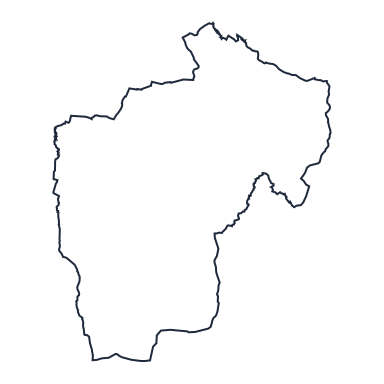 outline of Sinca, Brasov, Romania
{"feature_id": "2599482B93620310031935", "entity_name": "Sinca", "entity_type": "district", "adm_level": 2, "iso_a3": "ROU", "parent_name": "Romania", "parent_adm1": "Brasov", "projection": "mercator", "projection_center": [25.18, 45.726], "detail": "fine", "context": "isolated", "style": "outline", "palette": "slate", "viewbox_px": 384, "rotation_deg": 0, "n_neighbors": 0, "source": "geoboundaries", "source_scale": "gbopen_adm2", "svg_char_len": 5814}
<svg xmlns="http://www.w3.org/2000/svg" viewBox="0 0 384 384"><path d="M208.3,328.6L210.7,326.8L211.3,324.5L211.7,323.7L212.0,321.6L213.2,318.4L216.2,315.3L217.5,311.2L218.8,302.9L217.7,301.7L218.0,296.1L217.0,294.4L218.2,290.6L218.6,285.2L219.7,282.7L216.6,273.6L216.2,272.0L215.9,267.0L214.4,262.0L214.6,260.1L216.9,256.0L218.4,248.7L214.8,237.7L214.6,233.5L217.3,233.3L219.4,232.6L221.9,233.0L222.7,231.7L225.5,229.1L227.6,225.5L228.5,225.4L232.1,226.1L232.4,224.7L233.9,224.5L234.5,223.5L234.7,223.2L234.2,222.3L234.6,220.5L235.7,220.5L236.6,219.9L238.2,219.6L239.0,218.9L239.0,218.1L238.5,217.4L238.0,215.6L238.7,213.5L241.1,213.2L243.1,211.4L244.4,211.6L244.8,210.0L246.3,209.2L247.5,206.6L248.4,205.6L248.7,204.7L248.5,204.2L247.1,203.7L247.2,200.9L248.3,198.7L249.1,198.7L248.8,196.9L249.1,195.6L250.2,196.0L250.8,195.7L250.6,194.7L251.2,193.0L252.1,192.1L252.4,190.9L253.6,189.9L253.4,188.9L254.7,187.6L254.6,186.9L253.9,186.5L253.5,184.9L253.9,184.6L253.7,183.5L255.1,182.9L255.2,181.9L256.0,180.7L255.5,179.2L256.8,178.9L257.3,178.0L258.6,178.3L259.2,176.2L262.1,175.2L262.7,174.6L262.6,173.9L263.3,173.7L263.0,173.1L266.1,173.6L267.6,174.8L268.2,175.6L268.9,178.6L270.7,181.9L271.1,183.1L273.6,184.1L273.6,185.6L271.2,187.0L271.7,187.2L272.8,189.4L272.9,190.1L272.3,191.4L275.5,192.4L277.1,194.2L280.1,192.2L281.1,193.2L283.1,193.7L283.4,194.4L284.8,193.8L285.5,196.0L286.4,196.5L286.5,197.3L286.0,197.5L286.2,198.7L289.9,203.4L289.3,201.7L290.1,201.5L291.9,205.3L294.1,207.2L296.5,205.7L300.9,205.1L303.2,202.5L306.2,196.1L309.2,186.3L306.1,184.6L303.6,180.8L301.0,178.7L305.0,172.9L307.1,167.6L310.0,165.4L318.3,163.3L319.8,161.8L321.2,156.0L321.8,154.8L323.7,152.3L325.2,151.2L325.7,149.2L328.3,146.2L328.4,143.8L327.6,141.6L327.6,140.4L329.5,137.9L329.9,134.0L330.6,133.2L330.2,129.8L329.0,126.3L328.4,123.1L327.9,122.2L328.2,121.4L328.0,118.9L325.9,115.1L325.8,113.1L327.4,111.9L329.4,109.5L329.9,108.2L329.9,106.8L329.5,105.3L327.1,102.5L327.5,98.2L329.1,94.6L328.6,91.6L329.5,86.3L328.7,85.0L327.1,83.0L326.8,81.0L323.1,81.4L320.6,80.1L318.6,80.1L314.9,79.3L314.7,78.0L307.2,80.9L305.4,80.7L300.1,78.2L295.9,75.1L292.1,75.0L288.9,73.6L287.7,73.5L283.8,72.1L279.1,69.2L276.0,65.7L273.2,64.1L268.4,63.4L265.8,62.5L265.2,63.3L264.0,63.2L262.4,61.9L259.2,60.3L257.8,58.9L258.3,55.0L258.1,53.0L257.8,51.9L257.0,51.4L255.2,51.3L253.8,50.6L252.6,50.7L249.8,48.3L247.7,47.3L246.4,45.8L246.2,44.1L245.9,43.9L246.0,42.9L245.4,42.4L245.2,41.8L244.7,42.0L244.3,41.7L244.8,40.8L243.9,41.2L242.6,40.2L243.5,40.0L243.4,39.6L242.5,39.3L242.3,38.6L241.5,38.7L241.6,38.2L241.2,38.1L240.9,37.4L237.1,34.9L237.1,35.8L238.0,38.3L238.1,40.3L235.9,41.4L234.2,39.4L228.4,35.7L226.3,39.7L225.0,38.6L223.2,37.9L222.3,38.2L221.6,38.9L221.0,37.6L220.5,37.3L221.4,36.9L221.4,36.0L220.6,35.7L220.1,34.6L219.0,34.4L218.8,33.8L219.1,33.3L218.8,33.0L217.8,33.1L217.7,32.3L218.0,31.8L217.4,31.6L216.7,32.1L216.2,31.3L216.5,30.5L216.9,30.3L216.4,29.9L215.4,30.3L215.0,29.8L214.9,28.7L213.7,27.9L213.3,26.6L213.6,26.1L213.2,24.9L213.7,23.8L213.1,23.0L212.7,23.7L211.6,23.9L209.1,23.3L204.7,25.7L200.0,29.1L197.6,32.3L197.8,33.1L196.9,35.0L194.4,35.3L192.1,33.9L189.8,33.3L188.3,34.6L182.7,37.5L185.3,42.6L185.5,44.2L187.2,48.1L188.6,49.7L190.9,51.7L193.7,57.5L193.9,59.3L198.6,65.8L198.7,66.7L198.4,67.5L197.2,68.6L195.6,68.9L193.9,69.8L193.0,72.0L194.4,76.5L193.5,78.1L193.3,80.0L183.4,79.5L172.2,82.5L170.9,82.7L170.7,82.1L164.9,82.7L162.6,84.0L160.5,83.9L152.0,81.8L151.6,83.3L151.0,84.5L151.1,85.7L141.9,89.0L141.6,89.7L137.3,89.0L137.1,89.6L129.4,88.4L125.9,96.6L124.8,96.6L122.5,100.3L121.8,103.5L122.3,104.0L122.0,106.4L120.9,108.8L118.5,112.5L116.4,114.9L113.7,119.3L109.9,118.2L107.6,117.1L107.1,116.5L99.9,116.2L96.7,115.3L95.7,115.7L95.0,115.5L93.7,116.6L93.4,117.2L91.9,117.7L91.5,118.1L91.6,119.0L88.5,117.5L85.1,116.7L71.0,115.8L69.9,120.7L69.5,121.7L68.5,122.8L65.6,121.6L65.0,123.7L63.1,123.7L62.8,124.3L61.2,125.2L57.9,126.0L55.1,127.5L55.1,127.9L55.6,128.5L54.6,129.3L55.1,130.0L54.9,130.2L55.0,130.9L54.8,131.3L55.4,132.0L55.0,131.9L54.9,132.1L55.5,133.1L55.1,133.0L55.4,134.2L56.0,134.5L56.0,134.8L55.7,134.6L55.5,135.0L56.2,135.2L56.5,135.9L55.9,135.8L56.0,136.6L55.3,136.7L56.1,137.4L56.1,138.6L55.3,138.6L55.7,139.1L55.1,138.9L55.2,139.8L55.5,139.6L55.4,140.4L55.0,140.3L55.0,141.0L54.9,140.7L54.5,140.9L54.2,141.7L54.7,143.0L54.5,144.0L55.9,145.5L56.0,146.9L57.3,148.0L57.2,148.2L57.9,148.9L58.7,149.0L59.0,149.4L58.7,150.5L57.9,151.0L58.2,151.7L57.8,151.8L58.0,152.0L58.0,153.2L58.4,153.3L58.0,153.9L58.2,154.3L58.0,154.5L58.3,154.7L58.1,154.9L58.3,155.4L58.9,155.5L58.7,155.9L58.9,156.2L57.5,158.3L55.5,159.3L55.1,161.8L55.0,170.6L53.9,171.7L53.6,179.1L57.4,180.1L56.8,182.5L56.0,183.3L53.4,192.0L53.5,193.1L59.0,196.0L58.0,198.9L58.5,202.5L59.0,202.9L58.6,204.8L56.6,206.9L57.0,208.6L56.8,209.7L57.4,211.0L57.9,211.0L57.5,211.9L58.4,212.2L58.5,212.7L58.2,213.9L58.4,217.6L58.7,218.6L58.6,220.0L59.1,221.3L58.8,222.5L59.1,224.2L58.7,224.7L59.8,228.9L59.5,239.5L59.8,241.0L59.4,241.8L59.6,244.6L60.0,245.9L59.0,249.6L59.3,250.8L61.6,253.7L63.1,256.9L65.8,257.5L66.8,258.1L74.3,264.4L75.3,265.9L77.3,269.9L77.2,271.4L78.1,272.3L78.7,274.8L79.6,276.3L79.7,278.8L79.4,281.7L77.2,287.2L77.5,289.3L78.7,291.9L79.2,293.8L78.9,295.4L77.5,296.4L77.3,300.5L76.2,301.3L76.6,303.2L76.4,305.0L77.2,308.5L78.1,310.2L77.9,311.8L79.4,315.6L82.5,317.9L82.1,319.1L82.6,319.8L83.3,322.9L83.0,325.1L83.4,328.0L83.7,328.6L84.3,334.4L84.8,334.9L87.0,335.1L88.8,336.4L89.2,337.3L89.9,342.9L92.0,350.0L92.1,351.6L92.9,355.3L92.6,360.2L96.7,359.9L102.1,358.3L108.6,357.8L115.7,353.9L117.6,354.4L119.0,355.7L121.8,357.2L131.5,359.8L141.0,361.0L144.8,361.0L150.0,360.4L153.1,346.6L156.4,343.2L156.8,335.4L160.9,330.6L170.4,329.8L187.4,331.4L188.9,332.3L195.4,331.9L208.3,328.6Z" fill="none" stroke="#1e293b" stroke-width="2"/></svg>